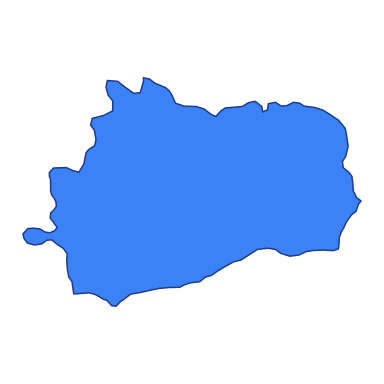 the district of Bräcke, Jämtland, Sweden
{"feature_id": "70781695B53803129879670", "entity_name": "Bräcke", "entity_type": "district", "adm_level": 2, "iso_a3": "SWE", "parent_name": "Sweden", "parent_adm1": "Jämtland", "projection": "mercator", "projection_center": [15.509, 62.864], "detail": "fine", "context": "isolated", "style": "filled", "palette": "blue", "viewbox_px": 384, "rotation_deg": 0, "n_neighbors": 0, "source": "geoboundaries", "source_scale": "gbopen_adm2", "svg_char_len": 1842}
<svg xmlns="http://www.w3.org/2000/svg" viewBox="0 0 384 384"><path d="M73.7,293.8L76.8,293.8L89.1,292.8L94.7,294.3L99.3,296.7L103.2,299.2L106.9,300.4L111.7,305.7L116.1,306.2L120.2,301.8L122.9,300.1L130.6,294.1L139.8,292.6L149.6,290.4L158.5,288.5L169.0,287.5L179.6,287.3L184.5,284.8L190.1,282.9L199.8,281.7L205.4,277.1L211.4,275.4L217.7,271.0L225.0,266.6L233.7,261.8L240.8,260.1L257.5,249.4L267.7,248.2L275.5,249.4L280.6,253.3L289.8,256.2L299.0,255.0L306.8,251.4L314.8,250.4L323.0,250.1L332.3,250.6L333.5,250.6L338.3,248.9L339.0,244.1L339.3,237.5L341.2,232.2L344.1,227.1L346.3,222.2L348.7,218.6L351.7,214.7L356.0,211.3L358.4,204.3L361.0,200.9L356.6,197.6L353.3,191.0L352.8,182.9L351.9,176.3L349.0,172.5L343.3,167.7L342.4,161.6L345.7,156.3L348.1,146.4L346.7,135.9L345.2,128.4L338.6,120.3L330.1,114.6L323.4,110.3L314.9,107.5L304.0,106.1L299.7,103.2L293.5,102.3L286.9,105.6L281.2,106.1L275.5,102.3L268.4,103.7L267.5,109.9L262.7,111.8L261.8,106.5L255.1,101.3L248.5,102.7L242.3,106.5L225.2,108.0L221.0,110.8L215.8,116.5L211.5,114.6L203.9,108.9L196.3,106.5L184.0,106.1L175.5,103.2L172.1,95.6L169.3,90.9L165.5,87.6L155.1,83.3L149.4,79.0L143.5,77.8L143.5,81.3L140.2,92.6L133.9,93.4L123.9,86.3L117.7,81.3L107.3,80.5L106.0,87.1L108.1,95.1L112.7,100.9L112.7,110.9L103.5,115.5L92.3,118.4L90.6,125.1L94.3,130.1L96.0,139.2L94.8,145.5L88.5,149.7L86.0,153.0L83.9,163.8L78.9,172.2L72.7,170.5L66.4,167.6L53.5,168.0L49.3,172.6L49.5,177.0L50.4,178.4L50.6,183.3L50.6,191.0L51.7,194.9L54.6,198.9L55.9,202.0L56.4,206.3L53.2,210.7L50.7,212.8L50.2,218.0L54.3,223.5L57.2,227.4L54.6,230.7L49.7,232.8L44.9,232.0L39.8,228.9L34.1,228.2L27.9,228.6L23.0,233.8L24.0,238.5L27.6,243.2L34.6,245.0L41.8,243.9L46.6,240.3L51.5,239.8L57.4,244.5L63.3,248.4L67.2,253.8L66.7,260.6L67.3,268.8L68.7,277.0L72.0,281.6L73.7,293.8Z" fill="#3b82f6" stroke="#1e3a8a" stroke-width="1.5"/></svg>